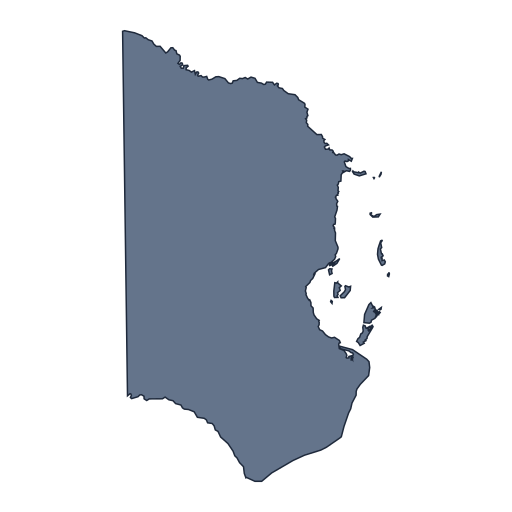 Patagones, Buenos Aires, Argentina (orthographic projection)
{"feature_id": "61730980B24175536898784", "entity_name": "Patagones", "entity_type": "district", "adm_level": 2, "iso_a3": "ARG", "parent_name": "Argentina", "parent_adm1": "Buenos Aires", "projection": "orthographic", "projection_center": [-62.373, -40.182], "detail": "fine", "context": "isolated", "style": "filled", "palette": "slate", "viewbox_px": 512, "rotation_deg": 0, "n_neighbors": 0, "source": "geoboundaries", "source_scale": "gbopen_adm2", "svg_char_len": 6068}
<svg xmlns="http://www.w3.org/2000/svg" viewBox="0 0 512 512"><path d="M122.6,31.3L127.5,395.8L130.0,393.7L130.8,393.9L131.4,395.4L130.4,397.5L131.6,398.6L138.0,396.7L139.7,395.0L141.4,394.7L144.0,396.2L144.1,398.8L146.7,400.5L149.3,398.9L162.4,398.8L165.1,397.1L168.9,399.8L173.0,400.7L175.6,403.6L180.9,405.0L182.5,407.9L184.3,409.1L188.5,409.5L194.2,411.8L197.4,417.3L204.2,418.3L206.4,419.9L207.6,422.8L212.2,423.5L214.1,425.8L215.3,429.9L218.0,431.4L220.6,437.0L228.0,443.6L233.1,451.2L234.8,455.8L237.0,457.9L239.6,462.7L243.5,466.7L244.3,473.5L245.9,477.8L246.4,477.4L254.9,481.3L261.7,481.3L271.7,472.9L293.0,460.5L304.5,455.2L320.8,450.1L326.5,447.2L340.1,437.8L341.3,436.8L344.0,426.4L348.6,413.0L350.7,408.8L352.0,403.0L356.1,395.2L356.2,391.3L357.0,388.9L360.4,384.2L368.6,375.6L369.7,367.6L369.0,361.7L366.7,359.2L352.5,349.6L339.8,346.2L340.2,348.6L348.9,350.9L351.2,352.7L352.5,352.8L353.4,354.2L352.5,356.2L353.1,357.5L352.4,358.5L352.5,359.6L351.8,358.6L351.9,359.9L351.2,360.0L351.1,358.5L351.7,357.6L350.8,356.6L351.1,355.9L348.9,356.5L349.0,357.8L347.0,358.1L346.2,357.6L346.8,355.2L346.1,353.5L344.0,350.5L339.3,348.6L338.7,344.6L339.0,343.2L340.3,342.7L339.4,340.5L334.5,337.3L331.6,338.0L328.5,336.9L325.4,334.6L322.5,331.0L319.6,329.7L318.2,326.5L319.1,324.8L319.2,322.3L318.7,321.2L319.2,320.4L316.7,318.8L314.0,314.9L313.3,312.5L313.1,308.0L311.0,305.8L310.9,302.5L309.7,299.8L309.1,300.2L307.6,298.2L306.0,294.7L306.2,293.5L305.4,291.0L306.2,287.5L305.7,286.6L309.9,282.5L310.6,280.5L312.7,278.5L314.8,274.2L313.8,274.4L314.2,273.3L318.5,269.5L325.5,267.6L328.4,263.8L329.1,264.0L329.3,262.9L330.9,262.5L334.5,259.3L335.7,256.6L335.2,254.8L336.4,253.4L338.0,248.9L338.0,247.2L335.3,240.7L335.5,232.9L334.6,230.6L334.6,228.2L334.0,228.3L334.1,227.0L333.1,225.8L333.6,224.4L335.0,224.2L335.3,223.0L335.5,218.5L334.7,216.9L337.0,210.1L337.5,206.4L336.8,206.1L336.6,203.7L337.8,201.3L336.0,198.7L335.8,197.1L335.1,197.7L336.5,195.3L337.8,195.2L337.6,194.4L338.3,193.2L337.9,192.8L338.8,191.5L338.0,190.8L338.3,187.5L337.3,185.1L338.3,184.0L338.7,181.7L340.9,181.1L341.2,174.7L343.2,171.7L342.8,171.0L343.6,171.0L343.6,172.3L346.4,170.7L349.6,171.4L350.5,170.1L350.4,168.4L349.0,168.5L345.9,166.6L344.3,161.9L345.1,161.0L347.0,161.6L348.4,160.9L348.4,159.5L351.3,161.2L352.4,158.4L351.3,158.4L349.6,156.6L344.1,153.8L341.2,154.7L339.0,154.0L337.0,155.2L335.5,154.9L333.9,152.8L332.8,152.5L333.3,151.3L332.1,150.0L329.8,149.9L329.1,148.0L328.3,149.1L325.5,149.3L324.4,147.0L325.3,146.0L328.5,144.9L326.8,143.3L325.1,143.5L324.1,142.5L323.8,140.6L324.9,139.5L322.6,138.2L322.5,136.6L321.3,134.5L316.9,134.6L307.7,126.3L307.8,124.4L306.3,122.7L306.7,120.2L305.6,118.7L306.9,118.0L307.0,116.3L307.9,115.7L306.9,112.2L308.0,109.2L304.8,107.1L305.0,104.4L304.5,103.3L298.6,99.7L297.8,97.5L295.0,94.7L288.2,93.7L283.8,90.5L282.4,88.5L279.0,87.8L277.4,85.9L278.3,84.9L278.1,83.6L276.8,83.2L274.4,84.9L272.6,82.3L266.6,82.1L265.3,84.2L263.8,84.5L261.4,83.1L257.4,82.4L255.0,78.3L251.0,77.1L247.7,79.0L245.2,77.5L242.5,78.6L239.7,78.3L236.9,80.4L233.2,80.8L232.3,83.1L230.7,83.6L228.4,82.9L224.9,78.6L218.8,76.6L215.8,76.8L211.9,79.2L208.7,80.0L207.7,79.2L206.7,76.4L204.0,77.1L202.4,77.0L201.1,75.6L198.2,76.2L197.6,75.2L198.7,73.1L197.9,71.9L196.7,72.0L195.3,74.3L194.5,70.6L191.4,72.1L189.2,70.5L186.1,69.7L186.2,67.8L188.1,66.2L187.6,65.3L184.0,65.6L183.2,68.3L181.3,68.2L180.2,66.4L182.6,64.9L182.3,63.2L181.0,62.8L179.4,64.4L177.9,63.4L180.1,60.4L180.2,56.3L179.5,55.1L176.8,53.8L176.0,50.6L174.6,50.1L172.8,47.7L170.9,47.8L167.6,51.9L165.8,53.0L160.1,46.3L156.4,46.4L153.8,44.1L152.0,41.0L148.2,39.7L145.8,37.8L144.3,38.0L142.0,35.7L134.6,32.8L124.5,30.7L122.6,31.3ZM373.3,307.4L370.9,302.6L368.9,304.6L364.6,314.4L363.9,322.6L369.4,323.2L371.0,322.3L371.5,320.2L375.0,318.3L376.1,315.7L376.3,313.2L377.3,310.8L376.4,310.2L375.1,311.1L376.0,312.5L375.8,313.5L374.1,311.4L373.2,311.9L375.3,309.4L374.6,307.0L373.6,306.4L373.5,307.8L372.7,307.9L373.3,307.4ZM368.8,328.9L366.0,328.1L365.2,325.9L363.4,325.2L362.8,327.3L363.2,331.2L362.2,333.1L360.8,333.9L359.6,337.4L358.0,338.6L356.6,341.4L358.3,342.6L360.1,345.5L364.2,343.3L363.3,342.1L365.9,340.7L365.2,340.0L367.0,338.5L367.2,336.6L372.3,328.1L371.3,328.2L368.7,330.9L368.2,330.2L368.8,328.9ZM381.5,253.8L380.4,248.9L381.7,247.6L380.7,242.8L382.2,240.7L381.9,240.3L380.6,240.9L379.0,245.5L378.0,248.8L377.5,254.3L378.4,259.1L381.4,265.1L382.1,265.4L384.7,263.9L385.3,261.8L384.3,260.0L382.0,260.6L382.1,258.3L381.4,258.5L381.2,257.2L383.1,255.8L382.2,253.8L381.5,253.8ZM337.7,282.9L337.7,281.9L336.5,283.1L334.8,282.7L333.8,291.1L333.9,296.2L334.5,297.5L337.9,297.4L337.1,295.8L338.1,294.4L337.5,292.7L340.2,290.4L339.3,287.7L341.3,285.9L337.7,282.9ZM348.9,287.0L345.5,285.7L344.9,286.4L345.5,289.7L344.4,291.7L340.2,295.8L341.1,297.8L344.6,297.7L350.2,290.5L350.6,286.3L348.9,287.0ZM353.6,171.8L352.9,170.9L352.5,171.5L354.1,174.1L359.3,175.9L366.0,173.8L365.1,171.5L364.0,171.2L360.2,173.1L358.7,172.1L358.5,172.7L353.6,171.8ZM372.0,212.6L370.1,213.2L370.1,214.5L372.8,217.1L378.3,216.9L380.1,214.1L376.7,214.6L374.0,216.5L371.0,214.9L371.0,213.6L372.0,212.6ZM329.6,274.8L332.1,273.5L331.5,270.8L332.0,269.0L329.6,268.7L328.5,269.9L329.6,274.8ZM332.8,266.2L336.9,263.4L339.7,258.6L335.0,262.0L334.5,263.3L332.3,265.4L332.8,266.2ZM373.0,326.5L372.1,325.2L370.7,326.6L370.1,326.2L368.3,327.2L371.9,327.8L373.0,326.5ZM378.4,314.6L380.2,312.5L379.4,311.7L378.5,311.9L378.5,313.3L377.7,312.0L377.1,312.7L378.4,314.6ZM388.7,276.6L389.4,273.9L388.9,272.3L388.7,273.7L387.6,274.2L387.5,275.9L388.7,276.6ZM329.1,265.9L331.1,265.0L332.8,261.6L329.6,264.0L329.9,265.1L329.1,265.9ZM331.1,300.4L330.6,301.7L332.0,303.4L332.3,301.4L331.1,300.4ZM379.9,309.9L381.0,309.3L381.3,307.5L378.7,309.4L379.9,309.9ZM332.1,265.1L334.2,263.2L334.8,261.9L332.8,263.1L332.1,265.1ZM376.9,315.9L377.6,314.6L376.8,313.1L376.5,313.4L376.9,315.9ZM379.2,177.2L381.0,174.3L381.4,171.8L379.3,176.1L379.2,177.2ZM374.5,177.8L374.1,177.4L373.4,177.5L374.0,178.6L374.5,177.8Z" fill="#64748b" stroke="#1e293b" stroke-width="1.5"/></svg>